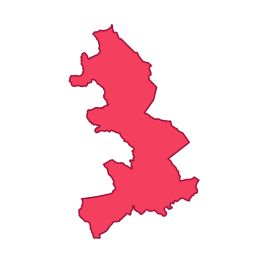 outline of Santa Ana, La Paz, Honduras, rotated 351°
{"feature_id": "27666195B3859139292279", "entity_name": "Santa Ana", "entity_type": "district", "adm_level": 2, "iso_a3": "HND", "parent_name": "Honduras", "parent_adm1": "La Paz", "projection": "orthographic", "projection_center": [-87.959, 13.996], "detail": "fine", "context": "isolated", "style": "filled", "palette": "rose", "viewbox_px": 256, "rotation_deg": 351, "n_neighbors": 0, "source": "geoboundaries", "source_scale": "gbopen_adm2", "svg_char_len": 5881}
<svg xmlns="http://www.w3.org/2000/svg" viewBox="0 0 256 256"><g transform="rotate(351 128 128)"><path d="M66.2,206.5L67.5,209.1L69.3,210.8L70.8,213.4L71.4,213.8L73.5,214.0L74.5,215.0L75.2,216.0L75.4,217.1L75.3,218.8L75.6,219.7L75.0,221.7L76.0,223.3L75.8,225.1L76.2,225.7L76.4,226.6L76.8,227.4L76.8,230.5L77.0,230.9L77.9,231.4L80.2,231.6L82.7,232.3L83.2,231.8L83.3,229.0L83.7,228.4L86.2,228.0L89.9,226.6L91.7,225.4L93.9,223.0L94.8,221.8L96.5,220.8L99.2,218.3L100.7,218.4L102.1,218.8L105.0,218.6L105.5,218.3L105.7,217.4L105.9,217.1L107.6,216.8L109.0,215.4L111.5,214.1L113.2,212.6L113.7,212.4L114.4,212.4L116.1,214.1L116.5,214.2L117.0,213.7L117.5,212.9L117.6,211.3L117.8,210.6L119.9,209.1L120.2,208.1L120.2,206.4L120.8,205.7L121.4,205.8L121.6,206.1L121.9,209.7L122.3,210.3L123.9,211.8L125.6,212.6L125.7,213.2L126.0,213.2L126.6,214.6L127.2,215.2L127.7,215.3L130.3,213.9L133.0,211.6L134.0,211.5L134.6,211.8L135.4,212.9L136.3,213.5L137.8,213.7L140.4,213.6L141.8,213.7L142.5,214.6L142.8,215.3L143.9,216.9L145.2,217.6L147.1,218.2L147.6,218.5L148.9,220.3L150.6,220.7L151.1,220.5L152.1,219.4L152.7,218.3L152.4,216.9L151.3,215.4L151.1,214.0L151.2,213.4L152.8,212.1L154.5,211.8L154.8,212.1L154.8,213.5L155.2,214.1L155.7,214.5L156.8,214.6L158.9,213.8L159.1,213.5L159.1,213.2L158.9,212.9L157.7,212.4L157.3,211.1L158.0,209.9L159.1,208.8L159.8,208.8L160.2,209.5L161.2,209.6L161.7,209.1L162.4,207.6L163.0,206.9L163.4,207.0L164.0,207.9L165.0,208.2L169.3,205.7L171.7,206.2L172.9,207.0L173.8,207.9L176.6,209.4L177.2,209.5L177.5,209.0L177.9,207.1L179.1,206.7L179.8,205.8L180.9,204.9L182.4,204.5L183.3,203.0L185.8,202.9L186.2,202.6L186.5,202.1L186.7,200.5L186.6,199.3L186.0,197.6L186.0,195.9L187.6,193.0L188.6,192.1L189.8,190.6L185.7,186.9L183.8,188.1L182.0,188.5L181.0,188.5L178.2,188.0L174.0,188.4L171.1,188.3L170.9,187.3L171.0,186.6L171.9,183.9L171.6,182.8L170.7,182.1L171.1,178.8L169.8,177.5L169.2,175.0L165.9,170.2L165.4,168.2L164.8,167.0L162.7,164.8L186.2,151.8L181.6,142.1L180.9,141.3L178.8,139.9L176.5,137.7L176.2,136.3L174.9,135.7L171.7,132.8L171.3,131.9L171.2,128.7L170.8,127.8L169.3,127.8L168.0,127.5L167.0,126.9L165.6,126.8L164.3,126.5L163.6,125.9L163.1,126.2L160.4,124.5L159.9,124.0L157.6,123.6L156.5,123.6L155.8,123.0L154.5,122.6L153.8,121.9L153.4,121.1L151.7,120.5L151.5,119.2L150.6,118.7L149.4,117.4L148.6,116.8L147.5,116.3L146.6,115.6L157.5,104.4L162.6,92.2L156.1,83.0L156.6,82.4L156.4,80.5L156.5,80.2L157.1,79.7L158.8,79.1L159.0,79.0L158.9,78.2L159.2,76.9L158.9,76.3L159.0,75.2L158.5,74.3L158.2,72.6L159.0,71.2L160.8,70.0L158.3,67.0L157.0,66.3L155.9,66.0L153.0,64.4L150.1,59.3L149.6,57.9L149.3,56.1L148.9,55.3L148.3,54.7L146.5,54.6L134.8,38.7L134.0,38.7L133.2,38.2L132.9,37.7L132.8,36.0L132.2,34.4L132.2,33.2L132.0,32.5L130.8,31.5L129.2,31.6L128.8,31.4L128.6,30.9L128.5,30.3L128.8,29.5L128.2,28.5L128.1,27.6L128.6,24.5L128.5,24.0L128.2,23.7L127.2,25.4L126.2,26.3L123.8,27.6L121.5,28.1L118.9,28.1L115.4,27.2L113.2,28.3L109.9,28.1L108.1,29.6L109.5,31.4L110.8,34.0L111.2,35.4L112.8,38.0L112.8,38.3L112.3,39.2L112.6,39.9L112.8,41.7L112.4,43.5L111.7,44.8L112.5,47.5L112.0,48.7L110.8,49.8L108.6,51.2L107.7,51.2L102.3,52.7L101.5,52.7L101.0,53.9L100.3,53.8L99.1,52.8L99.2,51.5L99.1,50.7L97.5,47.6L96.5,46.9L94.7,47.5L94.3,47.9L93.9,49.2L93.2,50.3L92.8,50.4L92.6,50.8L92.7,51.4L93.5,52.8L93.2,53.7L92.5,53.5L92.3,53.7L92.5,55.4L92.0,56.9L92.0,57.9L93.1,59.8L93.2,60.7L92.7,62.3L93.4,63.8L93.2,64.3L92.2,65.5L92.0,67.1L90.9,68.2L89.1,69.0L87.9,69.0L87.5,69.2L86.5,69.1L85.5,68.1L82.1,68.0L81.2,67.6L80.3,67.6L79.2,68.4L78.6,69.4L78.3,70.7L77.5,71.9L77.8,73.0L79.0,74.6L79.2,76.8L80.1,77.8L81.4,78.4L85.1,78.2L87.4,79.0L88.3,79.6L89.6,79.9L91.0,79.4L92.6,80.1L93.2,80.0L94.5,79.0L95.1,77.4L96.7,77.5L97.5,77.2L98.7,77.2L99.4,76.4L99.9,74.5L101.4,74.7L102.4,75.2L103.6,76.6L104.5,78.0L104.6,79.4L106.5,80.6L107.7,82.2L109.8,84.4L110.9,88.4L110.8,90.0L110.7,90.5L109.2,91.9L109.4,93.0L108.8,93.9L109.7,95.1L110.0,96.5L110.9,97.1L111.2,97.6L111.3,98.1L111.2,99.4L111.6,100.7L112.3,101.4L112.2,102.1L111.7,102.2L110.8,102.0L109.9,102.7L108.7,102.7L107.4,103.4L106.8,103.4L106.5,103.6L106.4,104.3L106.0,104.5L104.5,103.7L103.5,104.1L102.8,104.1L101.8,103.5L99.6,102.9L97.7,103.4L95.3,104.3L93.4,104.7L93.0,104.7L92.6,104.0L91.6,104.1L90.7,104.8L90.4,106.8L89.4,108.9L89.3,111.8L90.5,113.9L91.3,116.0L91.7,116.3L92.5,116.4L92.8,117.9L93.2,118.2L94.2,118.5L94.7,119.5L96.0,119.4L99.1,121.0L100.2,121.2L100.4,121.4L100.5,122.0L100.1,122.3L98.2,123.0L97.5,122.9L97.3,123.7L96.7,123.5L96.3,123.6L95.3,124.6L95.0,125.1L95.0,126.1L95.3,126.8L96.0,127.4L96.7,127.7L97.3,127.7L100.8,126.3L105.4,127.7L106.0,127.0L106.5,126.9L108.0,127.9L108.8,128.7L109.3,128.8L109.7,128.7L110.7,127.8L111.2,127.6L112.7,128.6L113.6,128.9L114.9,130.0L117.9,131.6L119.1,131.9L119.6,134.5L120.9,137.0L122.7,139.0L122.6,139.5L122.1,140.1L122.2,140.6L124.1,141.2L125.4,142.1L126.4,144.4L127.7,146.1L130.0,148.2L130.6,149.5L130.6,150.1L130.1,150.8L129.7,151.1L128.7,151.2L128.5,151.4L129.3,152.8L128.9,154.6L129.0,156.0L129.8,157.3L129.6,157.8L128.6,158.5L128.3,158.9L128.3,159.5L128.9,160.6L128.5,160.9L127.7,160.9L125.5,160.1L125.1,160.1L124.8,160.5L124.8,161.1L125.6,162.2L126.0,162.9L125.8,164.1L125.2,165.6L125.9,167.1L125.9,167.8L125.6,168.5L125.1,168.9L124.5,167.8L123.5,167.7L122.8,166.8L122.2,166.5L121.3,165.5L119.1,164.3L117.6,161.9L115.4,161.3L113.5,161.3L111.5,160.8L110.3,159.6L109.3,159.1L108.5,157.7L107.6,157.1L106.8,157.1L105.5,157.3L98.2,160.2L98.8,161.2L99.0,162.1L99.8,163.4L100.8,164.3L101.3,165.1L101.3,167.2L101.6,170.4L102.0,171.2L103.2,172.4L104.2,174.1L104.5,174.7L104.7,175.9L105.9,178.3L105.8,178.8L105.0,180.0L104.7,181.0L104.9,181.8L106.0,184.0L106.1,185.6L105.9,186.6L103.6,187.6L102.3,189.7L100.8,190.3L87.8,191.0L71.2,190.8L71.5,191.6L71.7,192.8L71.4,195.4L69.2,199.9L68.7,200.4L67.2,200.9L66.8,201.4L66.5,203.0L66.5,205.6L66.2,206.5Z" fill="#f43f5e" stroke="#9f1239" stroke-width="1.5"/></g></svg>